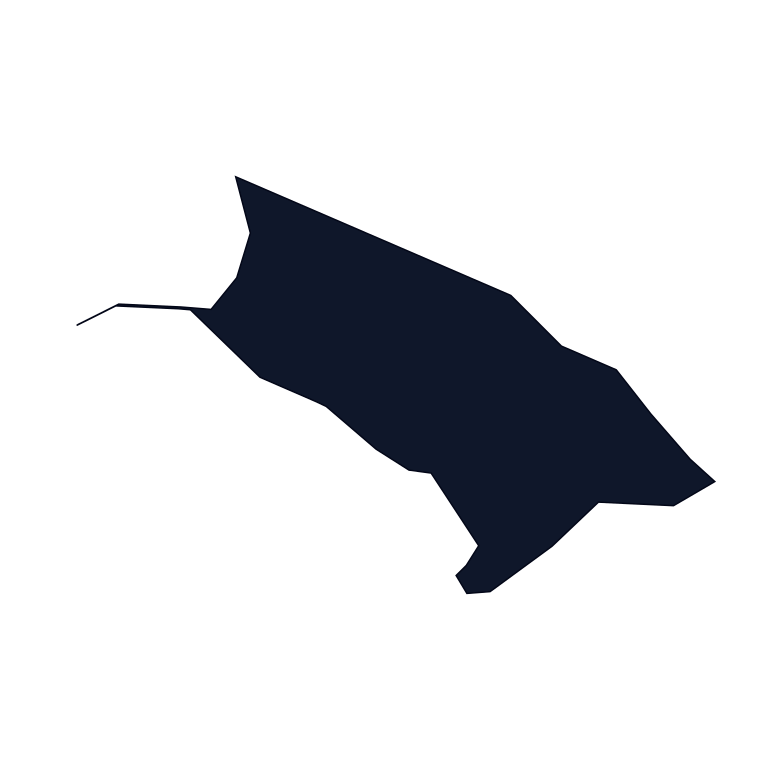 the district of Geumcheon-gu, Seoul, South Korea, rotated 149°
{"feature_id": "91817680B69479464976516", "entity_name": "Geumcheon-gu", "entity_type": "district", "adm_level": 2, "iso_a3": "KOR", "parent_name": "South Korea", "parent_adm1": "Seoul", "projection": "mercator", "projection_center": [126.913, 37.452], "detail": "fine", "context": "isolated", "style": "filled", "palette": "ink", "viewbox_px": 768, "rotation_deg": 149, "n_neighbors": 0, "source": "geoboundaries", "source_scale": "gbopen_adm2", "svg_char_len": 555}
<svg xmlns="http://www.w3.org/2000/svg" viewBox="0 0 768 768"><g transform="rotate(149 384 384)"><path d="M404.4,638.0L420.8,582.2L455.5,550.9L493.8,537.0L518.1,554.4L570.2,589.1L615.3,592.6L617.3,592.5L573.7,589.1L521.5,554.4L511.7,547.3L486.8,453.6L452.1,405.0L445.1,394.6L424.3,332.1L406.9,297.3L389.5,283.4L386.1,196.6L406.9,186.1L420.8,182.7L420.8,161.8L400.0,151.4L323.5,158.4L261.0,172.3L198.5,130.6L150.7,130.0L160.3,161.8L170.7,220.9L177.6,276.5L212.4,325.1L229.7,394.6L404.4,638.0Z" fill="#0f172a" stroke="#020617" stroke-width="1.5"/></g></svg>